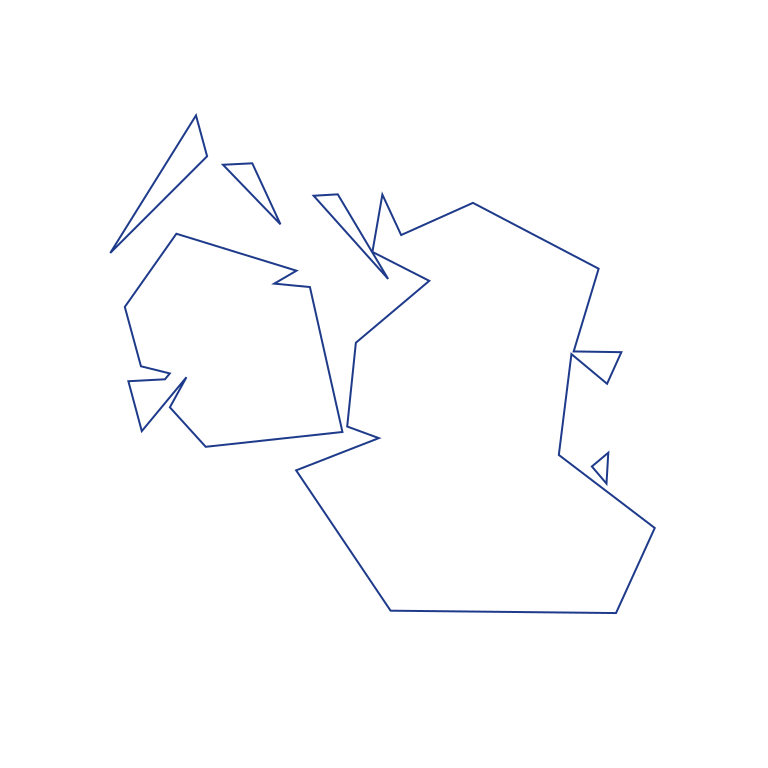 Syddanmark, Albers equal-area conic projection, rotated 193°
{"feature_id": "DNK-3417", "entity_name": "Syddanmark", "entity_type": "Region", "adm_level": 1, "iso_a3": "DNK", "parent_name": "Denmark", "parent_adm1": "", "projection": "albers", "projection_center": [9.703, 55.339], "detail": "coarse", "context": "isolated", "style": "outline", "palette": "blue", "viewbox_px": 768, "rotation_deg": 193, "n_neighbors": 0, "source": "natural_earth", "source_scale": "10m", "svg_char_len": 770}
<svg xmlns="http://www.w3.org/2000/svg" viewBox="0 0 768 768"><g transform="rotate(193 384 384)"><path d="M338.1,580.5L200.8,544.6L206.5,458.4L159.9,468.4L166.7,434.4L208.1,455.3L197.7,354.2L87.8,304.6L106.4,213.0L326.6,164.6L450.2,280.1L376.9,330.1L410.3,334.3L420.7,417.9L363.1,494.7L425.0,510.1L428.2,568.2L400.8,533.0L338.1,580.5ZM620.1,483.7L494.8,474.7L513.5,457.1L478.0,461.8L413.7,327.9L543.6,282.7L587.4,313.1L578.0,346.2L609.4,283.6L633.7,329.2L598.5,339.3L595.1,346.1L624.8,346.6L653.9,400.8L620.1,483.7ZM403.6,487.3L494.9,551.6L471.7,558.4L403.6,487.3ZM607.6,566.1L680.2,450.1L627.6,603.4L607.6,566.1ZM520.8,516.3L590.2,561.4L562.0,569.4L520.8,516.3ZM162.9,350.4L150.0,367.5L144.8,337.0L162.9,350.4Z" fill="none" stroke="#1e3a8a" stroke-width="2"/></g></svg>